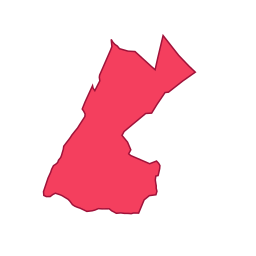 the district of São José de Mipibu, Rio Grande do Norte, Brazil, rotated 207°
{"feature_id": "56859067B18331255180622", "entity_name": "São José de Mipibu", "entity_type": "district", "adm_level": 2, "iso_a3": "BRA", "parent_name": "Brazil", "parent_adm1": "Rio Grande do Norte", "projection": "robinson", "projection_center": [-35.288, -6.078], "detail": "fine", "context": "isolated", "style": "filled", "palette": "rose", "viewbox_px": 256, "rotation_deg": 207, "n_neighbors": 0, "source": "geoboundaries", "source_scale": "gbopen_adm2", "svg_char_len": 1387}
<svg xmlns="http://www.w3.org/2000/svg" viewBox="0 0 256 256"><g transform="rotate(207 128 128)"><path d="M183.2,199.3L179.3,193.2L178.9,189.6L177.3,162.3L176.6,160.2L174.5,157.2L174.5,146.2L177.3,147.7L178.8,149.6L178.1,132.0L177.8,128.5L177.4,124.1L175.0,122.8L172.6,121.0L171.6,118.6L172.6,109.0L172.9,105.2L173.7,101.6L174.8,96.2L175.0,93.8L175.5,90.6L176.1,87.6L177.0,82.6L176.0,79.7L174.8,73.4L174.6,71.1L175.3,67.8L175.0,65.3L176.0,62.8L177.3,60.6L177.3,56.6L176.8,53.5L176.5,47.0L174.4,32.9L172.4,29.7L169.6,29.8L166.2,31.6L164.8,34.6L163.1,36.9L158.0,37.7L156.0,37.8L151.9,37.5L149.0,37.3L146.7,36.5L142.7,34.5L140.0,34.2L137.0,34.4L134.4,34.8L131.1,34.9L126.8,35.0L122.3,38.0L120.3,39.8L117.8,42.7L114.3,44.2L108.0,47.5L105.0,46.8L102.8,46.8L99.7,46.7L95.8,49.1L92.4,50.3L88.8,52.1L86.3,53.1L84.4,54.8L79.9,57.0L81.0,71.3L78.3,77.4L72.8,81.2L73.5,84.8L75.5,87.1L76.6,89.3L77.9,91.0L80.1,94.1L81.4,97.8L79.6,99.3L80.3,102.2L81.3,106.1L82.5,109.0L84.6,110.4L87.6,111.5L92.5,106.0L113.1,104.7L115.7,105.3L115.6,109.8L122.0,115.2L130.0,118.7L129.9,123.1L125.4,133.7L121.1,143.7L118.8,149.0L113.7,152.0L112.9,162.0L111.1,176.4L108.2,178.3L100.6,194.7L93.4,208.3L102.1,210.9L115.8,215.7L138.7,226.3L133.3,204.0L130.3,192.2L136.2,193.7L156.5,199.3L162.9,196.5L171.6,194.8L174.8,196.2L177.5,196.5L180.3,197.5L183.2,199.3Z" fill="#f43f5e" stroke="#9f1239" stroke-width="1.5"/></g></svg>